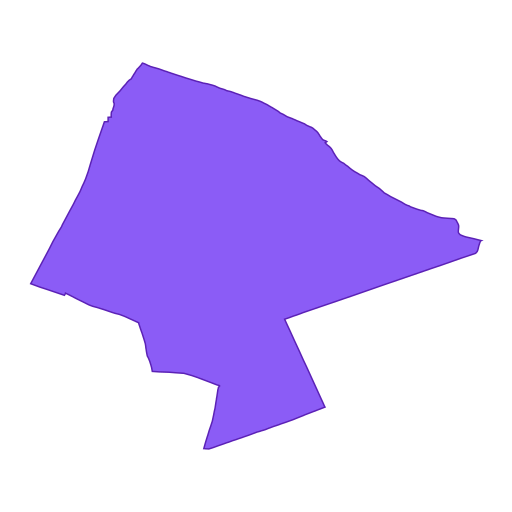 Vartop, Dolj, Romania (Natural Earth projection)
{"feature_id": "2599482B4098580936602", "entity_name": "Vartop", "entity_type": "district", "adm_level": 2, "iso_a3": "ROU", "parent_name": "Romania", "parent_adm1": "Dolj", "projection": "natural_earth1", "projection_center": [23.359, 44.205], "detail": "fine", "context": "isolated", "style": "filled", "palette": "violet", "viewbox_px": 512, "rotation_deg": 0, "n_neighbors": 0, "source": "geoboundaries", "source_scale": "gbopen_adm2", "svg_char_len": 5983}
<svg xmlns="http://www.w3.org/2000/svg" viewBox="0 0 512 512"><path d="M325.0,407.1L324.3,405.8L322.8,402.4L321.3,399.2L317.8,391.5L306.3,366.3L303.4,360.2L299.3,351.1L294.6,341.0L289.6,330.0L287.3,325.1L284.6,319.2L288.8,317.8L293.6,316.0L296.1,315.2L300.3,313.7L303.1,312.6L354.0,295.2L382.1,285.4L431.0,268.6L442.0,264.9L461.0,258.2L475.1,253.5L475.8,253.1L476.7,252.1L477.2,251.5L477.7,250.3L478.0,249.3L478.8,245.9L479.9,242.5L480.2,241.8L480.6,240.9L481.3,240.6L478.5,239.9L473.8,238.7L466.2,237.0L464.5,236.5L461.4,235.3L460.0,234.6L458.9,233.4L458.4,232.5L458.3,231.4L458.4,230.1L458.7,226.9L458.6,225.3L458.2,224.2L456.8,221.5L456.1,220.1L455.2,219.4L454.2,218.8L452.8,218.6L448.2,218.3L442.9,217.9L441.3,217.7L438.1,216.9L436.1,216.3L432.2,214.7L427.0,212.6L425.8,211.9L424.3,211.2L423.1,210.7L422.1,210.5L421.0,210.4L416.8,209.1L414.6,208.3L410.5,206.8L409.1,205.9L407.4,205.4L405.2,204.4L401.5,202.1L394.6,198.6L393.2,197.9L390.6,196.6L387.5,194.7L384.2,192.9L383.0,191.7L379.4,188.5L375.2,185.7L372.1,183.1L370.3,181.7L368.4,180.1L367.0,178.8L365.6,177.6L364.1,176.5L362.0,175.5L359.9,174.7L357.5,173.2L354.6,171.6L352.2,170.0L350.0,168.3L347.7,166.3L345.6,164.9L343.7,163.3L343.3,163.1L341.6,162.3L339.5,160.9L337.9,159.2L336.4,157.2L335.3,155.5L334.7,154.5L334.3,153.8L333.7,152.9L333.2,152.0L332.7,151.0L332.0,149.7L331.5,149.0L331.1,148.4L330.0,147.2L329.3,146.6L328.9,146.2L328.3,145.8L327.5,145.2L326.6,144.3L326.2,144.0L325.9,143.6L325.2,142.8L325.9,142.3L326.9,141.6L326.3,141.2L325.9,141.0L325.5,140.8L325.1,140.7L324.1,140.3L323.4,140.0L323.0,139.8L322.7,139.6L321.9,138.7L321.0,137.5L320.7,137.0L320.2,136.4L319.2,134.7L318.7,134.0L318.4,133.5L318.1,133.0L316.8,131.5L316.2,131.0L315.5,130.4L315.1,130.1L314.7,129.8L313.6,128.8L313.3,128.6L312.9,128.2L311.9,127.6L311.2,127.2L310.5,127.0L309.3,126.5L308.0,125.9L306.8,125.4L305.9,124.8L305.4,124.5L304.9,124.1L304.6,123.9L302.9,123.2L301.2,122.5L299.4,121.7L296.8,120.7L295.2,119.9L294.4,119.6L292.8,118.9L292.0,118.5L291.1,118.2L289.5,117.6L288.7,117.3L287.9,117.0L287.5,116.9L286.6,116.4L284.6,115.2L283.1,114.3L282.4,114.0L281.6,113.6L280.8,113.3L280.2,113.0L279.7,112.6L279.2,112.1L278.5,111.6L277.9,111.1L277.0,110.6L276.2,110.1L275.4,109.6L273.9,108.7L272.3,107.7L271.6,107.3L270.9,107.0L270.2,106.5L269.4,106.1L268.0,105.2L266.6,104.4L265.9,104.1L265.3,103.8L263.4,102.9L262.8,102.5L262.2,102.2L260.2,101.3L258.8,100.8L257.4,100.3L255.2,99.7L253.7,99.3L252.9,99.1L250.0,98.3L249.2,98.0L247.5,97.5L245.0,96.7L244.2,96.5L241.7,95.5L240.9,95.2L240.1,94.9L239.4,94.7L238.6,94.4L237.8,94.1L234.8,93.1L233.4,92.5L232.4,92.2L231.9,92.0L230.4,91.5L229.6,91.3L228.1,91.0L227.4,90.8L227.1,90.8L225.9,90.3L225.2,89.9L224.4,89.6L224.1,89.5L223.6,89.3L223.1,89.2L222.2,88.9L220.4,88.4L219.3,88.0L216.0,86.5L215.3,86.1L214.4,85.8L213.5,85.5L212.8,85.3L211.9,85.0L211.0,84.8L209.1,84.3L208.1,84.0L207.3,83.8L205.5,83.5L204.6,83.3L203.6,83.2L202.8,83.0L200.9,82.4L198.4,81.7L197.2,81.4L196.0,81.1L192.5,80.0L190.2,79.3L185.6,77.9L183.3,77.1L182.3,76.8L181.2,76.4L180.2,76.1L177.3,75.2L176.4,74.9L174.0,74.1L171.6,73.3L171.3,73.3L170.7,73.0L169.3,72.5L168.8,72.4L167.5,71.9L166.8,71.6L165.7,71.3L163.8,70.7L162.0,70.0L161.4,69.8L160.0,69.3L159.2,69.0L158.2,68.7L155.4,67.9L153.9,67.5L152.4,67.1L152.0,66.9L151.5,66.8L150.7,66.6L149.8,66.2L149.0,65.8L148.3,65.6L146.3,64.6L144.6,63.8L143.7,63.5L143.2,63.3L142.4,63.1L140.9,65.3L139.6,66.7L138.5,67.9L137.6,68.8L137.2,69.1L137.0,69.5L136.8,69.8L135.7,71.4L135.2,72.4L134.2,73.9L133.7,74.6L133.3,75.4L132.8,76.2L132.5,76.6L131.3,78.8L129.2,80.2L128.3,81.1L127.3,82.1L125.9,84.0L123.5,86.6L120.1,90.8L115.9,95.2L114.5,97.3L113.8,98.4L113.7,99.2L113.5,100.7L113.5,101.2L113.5,101.9L113.7,102.2L113.7,102.5L113.9,102.9L114.0,103.1L114.1,103.4L114.2,103.9L114.2,104.0L114.1,104.7L114.1,105.3L113.9,105.9L113.8,106.4L113.5,107.3L113.0,108.8L112.8,110.1L112.6,110.5L112.3,110.8L111.9,111.4L111.7,111.7L111.5,111.9L111.4,112.2L111.3,113.0L111.3,113.3L111.2,114.1L111.2,114.9L111.2,115.9L111.3,117.1L108.1,117.3L108.1,121.6L104.4,121.8L98.4,139.1L94.7,150.1L90.5,163.8L88.2,171.6L85.6,178.9L83.8,183.1L82.2,186.4L81.0,189.3L80.1,191.4L78.8,193.9L77.3,196.7L75.3,200.3L74.7,201.6L73.7,203.6L73.3,204.4L72.7,205.5L69.7,211.0L65.6,218.7L62.4,224.7L61.5,226.8L58.8,231.1L52.9,241.6L49.7,248.0L48.5,250.3L30.7,283.7L39.9,287.1L47.6,289.6L52.0,291.1L64.4,295.3L65.6,293.3L65.6,293.2L69.6,295.1L76.7,298.8L89.0,304.9L92.7,306.3L96.5,307.3L104.5,309.8L112.1,312.4L115.3,313.4L118.7,314.2L120.0,314.6L124.2,316.2L126.3,317.1L130.4,319.0L138.7,322.8L138.7,323.1L138.8,323.7L139.1,324.6L140.9,330.0L142.1,333.3L144.3,340.2L144.7,341.6L145.3,343.6L145.7,346.1L145.9,348.0L146.1,349.1L146.4,351.3L146.8,353.5L147.3,356.0L148.4,358.0L149.7,361.2L150.9,365.0L151.6,367.6L152.3,371.4L159.6,371.9L168.9,372.2L175.0,372.7L183.9,373.3L191.7,375.5L196.4,377.1L205.2,380.4L217.2,385.0L219.0,385.4L219.5,385.6L219.6,385.8L219.6,386.1L219.3,386.5L218.8,386.9L218.5,387.2L218.2,388.6L217.8,390.1L217.7,391.2L217.5,392.2L217.4,393.2L217.2,394.3L216.9,396.5L216.5,398.6L216.4,399.7L216.2,400.8L216.0,401.9L215.0,408.5L214.5,410.5L214.1,412.5L213.7,414.7L212.3,421.3L211.6,423.4L210.9,425.6L209.3,430.2L207.9,434.9L207.1,437.3L205.6,442.2L204.9,444.7L204.2,447.2L203.8,448.6L204.3,448.6L205.8,448.8L206.0,448.8L206.3,448.8L208.3,448.9L208.7,448.9L209.0,448.9L209.6,448.7L212.8,447.7L215.0,446.9L217.2,446.1L218.3,445.7L221.8,444.5L224.1,443.7L226.5,442.8L228.8,442.1L232.5,440.7L236.3,439.5L237.6,439.0L238.8,438.6L240.0,438.2L241.2,437.8L242.4,437.4L243.7,436.9L248.7,435.2L257.2,432.0L257.7,431.9L259.2,431.5L259.9,431.3L261.3,430.8L262.8,430.4L265.1,429.7L267.3,428.8L268.8,428.2L269.6,427.9L270.3,427.7L271.7,427.1L272.4,426.9L273.9,426.3L274.6,426.1L276.2,425.6L277.0,425.3L278.6,424.8L280.1,424.2L280.9,423.9L284.2,422.8L285.7,422.3L289.0,421.1L291.5,420.2L292.4,419.9L294.2,419.2L295.1,418.8L300.6,416.6L303.4,415.5L304.9,414.8L325.0,407.1Z" fill="#8b5cf6" stroke="#5b21b6" stroke-width="1.5"/></svg>